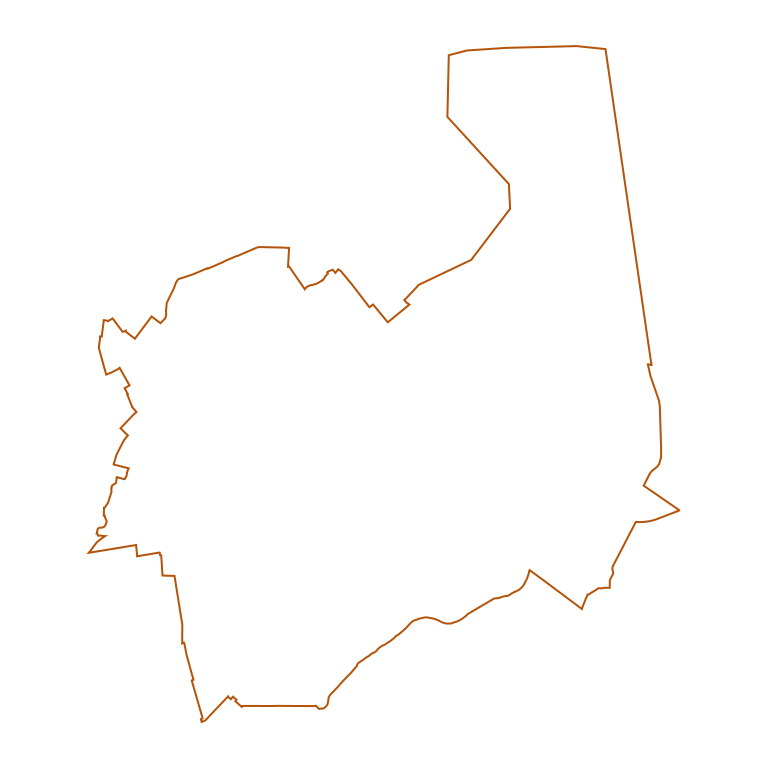 Oldambt, Groningen, Netherlands (Albers equal-area conic projection)
{"feature_id": "6326949B72784129724607", "entity_name": "Oldambt", "entity_type": "district", "adm_level": 2, "iso_a3": "NLD", "parent_name": "Netherlands", "parent_adm1": "Groningen", "projection": "albers", "projection_center": [7.028, 53.222], "detail": "fine", "context": "isolated", "style": "outline", "palette": "amber", "viewbox_px": 768, "rotation_deg": 0, "n_neighbors": 0, "source": "geoboundaries", "source_scale": "gbopen_adm2", "svg_char_len": 5968}
<svg xmlns="http://www.w3.org/2000/svg" viewBox="0 0 768 768"><path d="M319.1,709.0L320.5,708.6L323.1,708.5L323.8,708.3L324.3,708.0L326.2,706.2L326.4,705.9L326.8,705.4L327.4,704.5L327.5,704.3L327.7,703.7L327.9,702.3L328.3,700.7L328.4,699.0L328.5,698.3L329.2,696.6L329.6,695.7L329.8,695.4L330.8,694.2L333.8,691.1L334.8,690.1L336.2,688.6L338.2,686.5L340.0,684.3L344.3,679.6L350.8,673.0L353.3,670.2L355.5,667.5L356.1,667.1L356.3,666.8L356.8,665.9L357.3,664.4L357.6,663.9L358.2,663.1L358.6,662.8L360.0,661.9L363.4,659.7L364.9,658.4L366.9,657.1L369.3,655.7L370.5,654.4L371.3,653.9L372.3,653.3L374.5,652.3L375.8,651.5L376.1,651.2L376.6,650.7L377.7,649.3L378.2,648.7L379.6,647.6L381.5,646.2L382.1,645.7L382.5,645.6L384.8,644.7L385.9,643.9L387.3,642.9L389.7,641.5L390.4,641.0L394.3,637.9L394.6,637.7L395.3,636.7L395.6,636.3L396.3,635.8L398.0,634.8L399.2,634.0L401.9,631.7L404.9,629.0L406.2,627.9L408.0,625.8L409.5,624.2L411.6,622.1L413.0,621.1L413.5,620.8L414.4,620.4L416.2,619.9L418.4,618.9L419.9,618.5L421.8,618.1L424.4,617.5L426.4,617.4L428.0,617.5L430.5,618.1L432.6,618.4L434.6,618.9L435.4,619.2L437.3,619.9L439.3,620.9L441.6,622.1L442.9,622.6L444.2,623.1L446.3,623.5L447.1,623.5L449.9,623.5L450.8,623.5L451.3,623.4L452.1,623.2L453.4,622.6L456.2,621.8L457.4,621.3L458.9,620.6L460.3,619.9L461.8,618.9L463.2,618.0L464.3,617.2L465.3,616.4L467.0,614.9L467.8,614.0L493.8,598.7L495.0,598.4L496.5,598.3L498.6,598.0L499.4,597.8L500.6,597.3L503.8,596.4L505.6,596.0L507.3,595.9L508.3,595.6L509.3,595.1L511.2,593.7L512.8,592.8L515.7,591.4L517.2,590.8L518.4,590.2L519.2,589.7L521.4,587.8L523.0,586.0L523.7,584.9L525.7,581.2L527.0,578.6L527.4,577.4L528.1,575.4L528.5,574.2L529.4,570.6L529.6,570.1L541.5,578.8L581.9,609.0L582.3,607.6L583.0,605.8L584.3,602.5L585.9,598.4L586.1,597.9L586.6,597.4L586.7,597.2L587.2,595.2L587.4,594.8L587.6,595.0L588.0,594.7L589.6,594.0L589.9,593.8L590.6,593.0L591.5,592.6L593.2,591.6L595.1,590.5L597.8,588.7L598.6,588.2L599.2,588.2L601.4,588.4L601.8,588.4L602.2,588.3L603.8,587.8L609.7,587.8L609.7,586.4L609.7,585.8L609.8,585.0L609.8,580.4L610.7,578.5L611.9,576.1L612.1,575.8L613.0,574.1L613.2,573.5L613.2,573.3L613.2,572.7L613.1,572.2L612.4,569.4L612.3,568.8L612.3,568.5L612.4,568.1L612.7,566.7L612.9,566.1L624.5,543.8L629.6,533.8L630.0,533.0L632.4,528.6L633.9,525.7L635.8,521.9L639.9,522.1L641.2,522.0L644.0,521.9L645.3,521.8L648.0,521.4L649.4,521.2L652.0,520.6L654.6,519.9L657.2,519.0L679.2,510.5L679.0,510.0L643.7,485.7L649.9,473.4L652.1,470.8L657.2,466.7L659.1,464.1L661.1,457.2L661.1,447.5L659.8,405.7L658.9,400.4L650.5,376.1L648.1,365.4L647.8,364.4L648.9,364.3L650.4,364.8L651.5,365.0L651.3,363.2L650.9,361.1L627.3,199.1L605.5,49.1L576.7,46.1L505.6,47.9L466.8,50.5L448.8,55.2L447.4,116.9L508.9,184.1L510.1,208.8L471.2,259.9L418.4,285.0L417.6,285.9L417.4,286.4L405.5,299.0L404.3,300.0L406.1,302.1L406.4,302.5L409.4,304.6L387.8,322.3L373.1,304.5L372.6,304.7L371.1,306.0L369.8,306.9L369.4,307.2L352.6,285.3L352.1,284.7L351.8,284.3L348.0,279.7L340.8,271.0L338.7,269.7L338.3,269.3L335.4,272.9L332.7,269.7L331.8,270.1L329.4,270.9L328.6,271.3L327.2,272.3L327.9,273.6L325.1,276.6L324.9,277.0L324.6,277.7L324.2,278.4L323.2,279.7L322.5,280.5L322.2,280.2L320.7,281.3L320.1,281.7L318.5,282.7L316.3,283.8L314.7,284.2L313.4,284.7L310.5,285.3L309.7,285.5L307.5,286.5L306.9,286.8L306.6,287.1L306.1,287.6L304.8,289.3L289.2,266.6L288.0,266.8L289.1,248.0L284.0,247.6L260.7,247.1L259.1,247.1L258.1,247.3L256.8,247.6L255.6,248.1L247.4,251.7L242.4,253.8L237.9,255.8L236.2,256.2L224.9,261.0L222.6,262.3L219.5,263.6L213.4,266.3L208.2,268.5L207.9,268.6L207.7,268.1L192.4,274.6L178.8,279.0L178.2,279.3L177.6,280.0L177.2,280.6L175.8,283.0L173.9,288.3L166.7,303.0L166.6,303.5L166.6,304.6L166.3,308.2L166.0,310.5L166.0,311.3L166.2,312.7L166.1,315.0L165.9,316.3L165.3,317.9L165.0,318.5L164.6,319.0L163.9,319.7L160.5,323.2L151.6,316.5L134.9,338.7L125.5,331.5L125.7,330.8L122.8,331.9L122.7,331.9L112.6,318.4L112.0,318.8L108.6,320.7L108.4,321.1L107.9,321.0L107.5,320.9L106.8,320.6L106.6,320.5L105.0,320.4L103.8,320.2L101.7,336.7L100.0,336.5L100.0,336.8L99.9,339.8L98.8,347.7L102.2,360.2L106.2,374.6L110.9,372.7L117.3,369.5L118.2,369.0L119.6,367.8L129.5,385.4L124.6,388.2L127.9,394.1L127.2,394.4L132.1,406.6L132.0,406.9L136.5,412.0L133.5,414.6L120.5,428.3L127.9,435.5L126.3,437.2L125.9,437.6L123.8,440.6L122.0,443.9L121.7,444.5L116.5,454.8L113.6,464.4L113.6,464.5L128.7,468.3L128.6,468.5L127.7,470.6L127.3,471.8L127.0,472.6L126.9,473.4L126.6,475.5L126.4,476.3L126.2,476.6L125.9,477.1L125.0,478.4L124.7,479.1L124.2,479.2L118.0,477.4L117.9,477.5L117.0,477.1L116.6,477.7L116.7,477.9L116.2,481.7L116.0,482.6L115.9,482.9L115.8,483.1L115.4,483.5L112.8,484.9L112.3,485.4L111.8,486.1L111.7,486.5L111.5,487.1L111.4,487.8L111.6,487.8L111.4,489.0L111.3,489.8L111.4,490.4L111.6,491.4L108.1,502.7L104.7,507.7L104.6,507.8L104.0,507.7L103.8,515.6L104.6,515.6L105.1,517.6L106.7,521.0L106.7,521.3L106.6,521.7L105.6,524.8L104.4,526.6L103.8,526.9L102.1,527.6L101.9,527.7L100.0,527.6L99.1,527.9L97.9,528.8L97.7,529.1L97.6,529.3L96.7,533.3L97.1,533.2L97.1,533.3L97.3,533.5L97.6,534.1L97.6,534.5L97.6,534.8L98.2,535.7L98.4,535.8L98.7,535.8L99.9,535.5L100.7,535.5L101.1,535.5L100.8,535.6L101.6,535.7L102.8,536.0L105.1,536.1L102.1,538.1L101.3,538.7L98.4,541.0L96.7,542.4L90.1,551.2L88.8,552.8L98.0,551.3L136.1,545.0L136.3,547.0L136.9,553.7L137.1,554.9L137.1,556.3L159.1,552.6L159.7,552.6L159.8,552.8L159.9,553.0L159.9,554.7L160.0,555.0L160.2,555.3L161.2,555.3L161.4,557.8L161.6,561.1L162.5,575.5L164.0,575.6L174.5,575.9L181.0,616.5L182.3,624.1L182.2,643.4L183.8,642.6L184.3,643.5L184.5,643.9L184.6,644.6L186.5,654.6L189.8,666.7L193.3,679.1L193.4,679.4L193.3,679.5L193.4,679.8L191.7,680.4L202.6,718.1L202.6,718.3L202.5,718.5L200.9,719.1L201.6,721.9L205.2,720.5L205.4,720.3L228.0,696.5L228.1,696.8L228.4,697.1L230.9,699.2L233.0,696.7L236.5,699.8L235.3,701.2L241.8,706.9L242.3,705.9L270.9,706.0L276.6,705.9L281.3,705.9L315.9,706.1L316.0,705.9L319.1,709.0Z" fill="none" stroke="#b45309" stroke-width="2"/></svg>